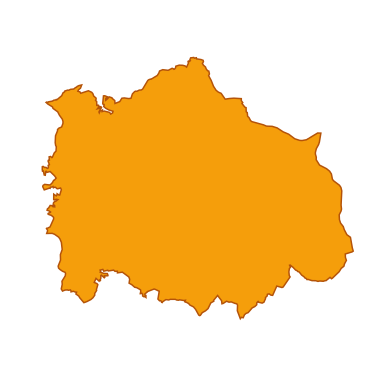 Zalha, Salaj, Romania, rotated 261°
{"feature_id": "2599482B19870008229772", "entity_name": "Zalha", "entity_type": "district", "adm_level": 2, "iso_a3": "ROU", "parent_name": "Romania", "parent_adm1": "Salaj", "projection": "albers", "projection_center": [23.526, 47.196], "detail": "fine", "context": "isolated", "style": "filled", "palette": "amber", "viewbox_px": 384, "rotation_deg": 261, "n_neighbors": 0, "source": "geoboundaries", "source_scale": "gbopen_adm2", "svg_char_len": 5859}
<svg xmlns="http://www.w3.org/2000/svg" viewBox="0 0 384 384"><g transform="rotate(261 192 192)"><path d="M276.5,255.3L278.1,248.1L278.5,243.5L278.5,239.3L284.9,236.2L286.5,233.7L288.7,231.7L293.0,229.8L299.2,228.4L304.3,226.6L305.9,227.7L308.8,227.5L309.3,226.4L311.5,225.2L313.3,224.9L315.5,223.1L317.4,222.4L318.9,223.7L320.3,223.6L321.4,221.7L322.8,217.3L323.9,217.3L323.8,215.3L324.6,214.8L324.7,211.6L322.7,210.5L322.0,210.9L321.3,209.8L321.9,208.9L321.5,208.5L319.8,208.6L316.2,206.2L317.6,204.9L318.6,202.6L319.3,199.2L318.8,195.7L317.2,195.2L316.0,193.8L316.0,193.3L316.7,192.8L317.3,191.7L315.9,187.5L317.4,182.2L316.6,178.9L314.6,177.8L312.5,175.9L309.8,169.1L310.0,168.7L309.7,167.0L309.1,165.8L301.3,159.3L300.7,157.8L300.9,155.8L300.1,153.4L300.4,151.9L300.1,151.0L298.2,148.5L294.1,146.4L294.2,144.0L295.5,139.8L295.6,137.4L292.6,134.8L291.5,129.8L294.4,130.0L297.0,127.8L297.6,127.7L298.9,125.1L297.2,123.1L296.1,121.1L298.0,121.5L299.1,123.6L300.7,120.9L300.8,119.6L293.5,117.7L292.5,117.9L292.2,118.2L292.2,118.8L291.7,118.9L290.2,118.2L288.3,119.8L286.1,122.6L284.1,126.6L282.5,125.9L281.7,123.9L283.5,123.1L285.7,117.9L285.5,115.8L287.0,116.3L286.4,113.9L284.7,112.8L285.6,112.6L288.8,114.9L289.3,114.2L289.0,111.6L290.5,113.2L289.3,115.7L289.8,115.9L290.3,115.5L291.4,113.2L292.3,113.2L292.5,112.7L292.2,111.9L292.4,111.5L296.3,112.0L297.6,111.1L298.9,111.9L300.0,111.8L302.0,110.0L304.8,109.4L306.2,108.5L308.2,105.5L306.9,97.5L308.4,97.0L309.4,95.0L310.6,95.8L312.0,98.1L315.0,99.8L314.8,97.0L314.2,95.0L313.5,94.3L313.4,93.3L312.2,91.3L312.4,88.1L311.8,86.1L312.1,85.1L311.6,82.1L310.8,81.7L310.1,80.1L307.5,78.4L304.3,73.1L304.2,72.6L304.6,72.3L304.2,71.7L304.3,70.0L303.6,68.3L303.5,64.3L303.0,63.7L303.6,62.7L303.3,61.9L301.5,63.3L297.9,67.5L296.3,67.8L292.2,71.9L288.5,73.1L284.2,75.3L281.8,75.6L280.0,75.3L276.6,73.4L275.9,70.5L274.8,69.0L273.4,68.7L268.9,66.0L262.1,64.6L259.1,64.6L258.1,65.1L253.7,64.1L252.2,62.1L248.1,59.5L247.9,59.0L249.2,57.9L249.1,56.4L245.8,56.1L245.9,55.2L245.1,54.7L241.3,55.4L240.8,54.1L239.0,54.1L238.0,53.4L238.0,52.7L239.2,51.6L239.3,50.3L240.6,48.9L240.4,48.1L237.6,47.6L236.0,47.6L236.1,48.3L235.5,48.5L231.9,48.7L231.5,49.7L235.2,50.8L235.3,51.2L234.1,51.8L234.4,55.1L229.6,58.7L227.0,60.0L225.2,57.9L225.2,57.2L223.1,55.6L221.3,53.2L221.3,52.1L222.6,47.7L221.8,45.9L220.6,45.4L217.2,46.4L218.1,51.7L217.8,52.4L218.9,52.9L218.8,54.5L219.2,55.6L217.9,55.8L218.2,56.7L218.0,57.9L216.4,59.2L216.2,59.9L216.5,62.8L214.7,63.3L209.7,60.9L209.7,60.3L211.4,58.5L210.1,58.1L209.4,57.3L211.5,55.1L206.1,54.2L205.7,54.8L206.1,56.7L205.5,58.3L204.4,56.5L203.8,54.4L202.8,53.4L201.0,52.9L200.4,53.0L200.7,53.7L200.2,54.2L198.8,54.1L199.2,52.4L200.1,51.7L200.4,51.9L200.9,49.8L198.8,48.0L197.9,46.5L196.6,46.0L196.0,47.4L194.4,49.2L194.1,49.1L193.5,46.8L192.9,46.3L192.1,47.1L191.0,49.3L189.1,51.0L188.5,51.3L187.0,51.1L179.7,46.3L178.8,43.4L178.9,42.7L178.6,42.5L177.2,43.3L176.2,43.3L173.8,42.0L173.0,47.5L171.7,49.7L168.3,53.2L166.3,54.2L162.7,55.1L155.5,54.8L150.7,52.2L145.3,51.5L139.7,48.2L137.7,48.3L136.1,49.5L133.9,51.8L132.6,54.0L131.4,54.4L129.0,53.7L124.2,49.6L121.1,49.4L116.7,47.7L114.4,48.6L115.0,51.3L114.8,53.6L114.3,54.4L114.3,56.6L113.5,57.0L112.3,56.9L112.5,59.3L111.5,60.9L111.1,62.3L109.4,61.4L106.9,63.9L105.2,64.5L99.6,67.9L100.2,71.0L101.6,75.3L103.0,77.6L105.3,79.8L106.9,80.0L109.7,82.4L110.8,82.4L115.2,84.5L116.4,83.8L118.0,81.3L121.7,83.7L118.5,86.3L119.3,86.9L118.8,87.4L119.1,87.7L119.4,87.4L120.9,88.4L123.8,88.9L124.1,89.5L121.0,91.9L121.4,92.5L122.9,92.4L122.4,95.7L122.9,96.0L124.7,95.6L125.4,92.2L127.2,88.8L128.0,89.4L129.2,89.0L129.5,91.8L127.6,92.5L127.9,96.6L127.1,97.0L127.1,102.4L125.7,103.5L125.4,105.9L123.8,105.7L123.7,110.7L118.0,116.3L115.6,116.8L111.8,115.6L109.9,118.0L106.9,120.5L106.2,122.4L103.5,125.8L102.1,125.9L99.7,125.0L99.6,125.8L99.9,126.6L98.9,127.2L97.0,127.0L96.0,128.2L96.0,129.2L95.1,130.0L97.1,130.3L97.7,129.3L98.7,129.5L100.3,132.3L100.6,132.3L102.1,139.4L101.5,140.6L99.1,144.1L91.6,141.6L89.6,142.9L89.6,143.9L89.2,144.4L87.8,144.7L87.5,145.4L88.1,145.7L89.8,149.3L89.0,152.2L89.4,153.7L88.6,158.7L87.7,160.0L87.3,161.5L87.2,162.1L87.5,162.7L86.1,167.0L86.1,168.5L84.9,167.7L84.3,168.1L84.4,168.6L82.4,171.2L80.7,172.2L78.3,175.5L75.5,177.2L69.4,179.4L68.7,180.3L68.9,181.0L71.2,183.2L72.5,186.7L74.3,189.6L79.5,193.2L80.7,196.4L81.5,196.3L85.8,201.1L80.0,204.2L76.9,204.1L77.1,205.5L78.7,209.0L77.4,211.3L77.3,213.6L75.2,217.1L74.6,218.7L73.2,219.3L67.6,218.2L59.3,219.9L60.5,221.1L59.8,222.9L62.5,224.6L63.6,226.3L64.1,228.6L68.1,233.3L69.0,236.1L70.0,237.6L70.5,238.3L72.3,238.6L73.5,239.9L73.5,240.3L72.8,240.3L71.3,243.9L71.9,245.8L75.1,247.9L76.3,248.1L77.5,249.9L79.2,250.5L79.3,252.3L77.8,253.8L77.3,255.5L85.8,261.0L83.6,265.9L83.9,267.2L92.8,275.6L94.3,275.0L98.0,275.2L101.1,276.2L102.4,277.5L104.4,276.9L104.5,277.5L101.8,280.0L98.7,282.1L97.9,283.4L96.9,284.0L96.3,285.3L92.8,287.3L90.7,289.4L89.3,290.2L88.9,291.1L87.5,291.9L87.5,293.0L85.7,296.6L85.0,300.4L84.0,302.4L84.1,304.3L83.3,307.7L83.6,309.6L83.5,310.5L86.1,315.0L84.5,316.2L84.9,317.2L90.2,324.8L93.2,327.4L94.9,330.4L97.2,331.4L100.3,333.8L103.3,333.3L106.8,333.7L107.8,340.8L108.4,342.0L111.6,341.6L122.5,341.4L125.6,338.3L131.0,336.5L134.2,336.0L138.0,333.9L141.6,333.3L146.4,333.8L149.8,336.2L151.7,337.0L155.8,337.2L169.7,340.1L173.2,339.8L175.6,338.7L180.7,333.8L182.5,332.7L188.0,332.5L191.0,331.2L194.0,328.5L198.6,322.2L204.5,319.7L206.9,320.2L210.2,319.8L211.9,320.1L215.4,321.6L219.0,324.4L221.3,325.6L230.0,328.5L230.6,325.3L225.7,313.2L225.6,308.8L226.1,306.5L228.5,301.8L234.0,296.5L237.1,291.5L242.0,286.1L244.3,281.5L245.4,275.9L247.2,273.0L252.2,262.0L253.4,261.0L256.7,259.9L258.0,258.8L261.8,259.0L262.7,258.1L266.9,258.6L267.5,257.5L271.6,255.2L272.4,256.1L274.5,255.0L276.5,255.3Z" fill="#f59e0b" stroke="#b45309" stroke-width="1.5"/></g></svg>